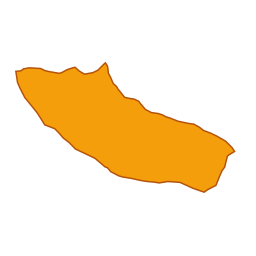 outline of Mopa-Muro, Kogi, Nigeria, rotated 260°
{"feature_id": "59680162B35933805912396", "entity_name": "Mopa-Muro", "entity_type": "district", "adm_level": 2, "iso_a3": "NGA", "parent_name": "Nigeria", "parent_adm1": "Kogi", "projection": "albers", "projection_center": [5.939, 8.139], "detail": "fine", "context": "isolated", "style": "filled", "palette": "amber", "viewbox_px": 256, "rotation_deg": 260, "n_neighbors": 0, "source": "geoboundaries", "source_scale": "gbopen_adm2", "svg_char_len": 1443}
<svg xmlns="http://www.w3.org/2000/svg" viewBox="0 0 256 256"><g transform="rotate(260 128 128)"><path d="M86.4,228.9L90.5,227.1L94.3,224.5L98.1,221.8L100.7,218.7L102.6,216.4L103.7,215.1L104.5,214.2L108.7,208.3L112.4,202.0L113.3,201.2L116.4,198.4L119.1,195.0L120.3,193.6L122.2,187.9L122.8,186.4L126.0,178.4L130.5,171.1L132.4,167.3L134.7,164.6L136.9,160.5L139.2,153.6L143.3,148.3L148.6,145.2L149.8,144.5L152.4,143.3L155.4,139.1L156.5,135.7L157.4,133.3L158.8,130.0L162.2,128.1L164.5,126.9L167.9,125.0L170.9,123.9L174.3,121.2L175.6,120.9L176.8,120.6L179.1,120.1L180.7,119.7L185.6,118.2L190.1,118.5L192.7,118.5L196.1,117.0L194.6,114.7L190.1,108.3L188.6,102.9L188.6,99.4L188.6,94.5L192.4,90.0L196.9,86.5L196.9,84.2L196.1,78.5L193.9,71.7L193.9,69.4L194.6,67.5L195.7,64.4L196.9,61.0L198.8,56.4L201.8,52.2L202.5,49.2L204.4,41.2L204.4,38.9L204.4,35.5L202.9,32.4L203.3,27.4L192.0,27.1L188.8,27.9L185.9,28.6L179.0,30.7L175.8,31.7L167.1,36.6L158.9,41.1L152.5,43.8L145.6,46.5L140.0,55.8L134.5,59.5L129.5,62.4L123.8,67.6L116.4,72.6L111.2,80.0L106.8,86.1L103.9,90.2L96.8,96.1L93.7,98.6L92.6,100.7L90.3,102.1L88.0,103.4L82.4,110.7L80.6,114.5L77.9,122.3L74.2,131.2L72.1,137.2L70.3,143.9L68.5,149.2L68.4,157.6L67.4,162.0L65.4,169.8L57.5,181.3L51.6,191.8L51.7,192.1L53.5,195.9L56.2,204.6L61.1,207.7L63.0,208.8L69.4,213.0L69.6,213.2L72.8,216.5L77.3,218.4L81.1,220.2L83.0,221.0L84.1,222.9L86.4,228.9Z" fill="#f59e0b" stroke="#b45309" stroke-width="1.5"/></g></svg>